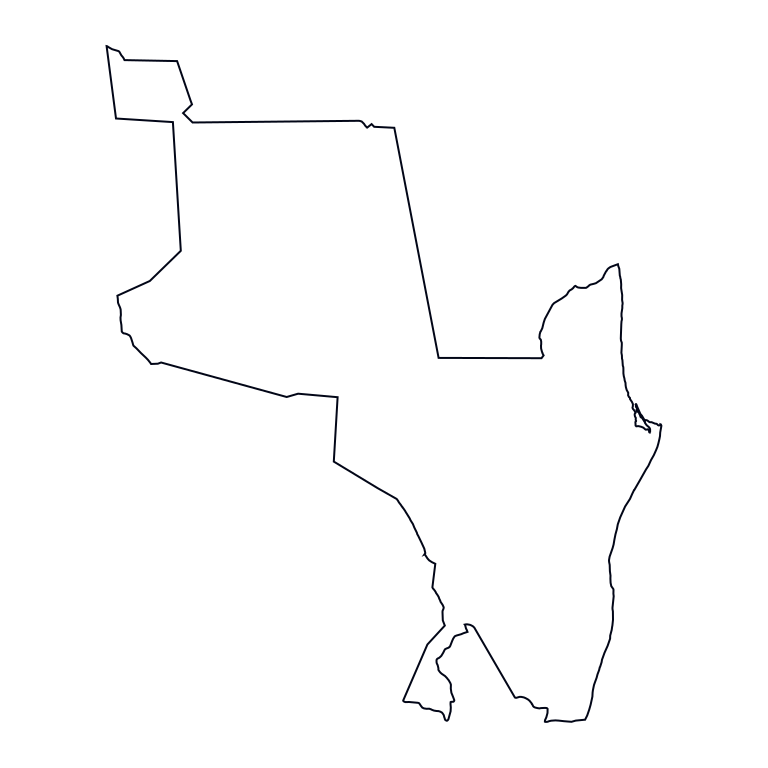 Massinga, Inhambane, Mozambique (Natural Earth projection)
{"feature_id": "85939544B96403406066950", "entity_name": "Massinga", "entity_type": "district", "adm_level": 2, "iso_a3": "MOZ", "parent_name": "Mozambique", "parent_adm1": "Inhambane", "projection": "natural_earth1", "projection_center": [35.191, -22.846], "detail": "fine", "context": "isolated", "style": "outline", "palette": "ink", "viewbox_px": 768, "rotation_deg": 0, "n_neighbors": 0, "source": "geoboundaries", "source_scale": "gbopen_adm2", "svg_char_len": 6068}
<svg xmlns="http://www.w3.org/2000/svg" viewBox="0 0 768 768"><path d="M377.4,488.0L396.7,499.0L398.2,501.0L398.3,501.4L399.3,502.9L400.8,504.8L402.0,506.7L402.3,506.8L402.8,507.8L403.1,508.0L405.1,510.9L406.0,512.5L406.6,513.4L409.7,518.4L410.6,520.4L412.9,524.0L414.3,527.5L416.9,532.8L417.3,534.3L418.1,535.6L421.4,542.4L424.3,548.7L425.3,553.1L424.5,554.3L424.7,554.2L427.5,558.5L429.2,560.4L432.0,562.2L435.3,563.8L432.4,587.3L432.9,588.4L433.9,589.5L434.8,590.7L435.6,591.9L436.0,592.9L437.5,595.0L438.4,596.5L438.6,596.8L439.3,598.8L440.2,600.6L440.5,601.7L442.7,605.0L443.7,607.3L443.5,608.7L442.6,610.8L442.5,611.9L442.8,620.4L444.8,625.6L427.4,644.5L403.2,700.5L403.4,701.1L404.2,701.7L405.4,702.1L409.1,702.0L417.9,702.8L418.9,703.1L419.5,703.7L421.3,706.4L421.6,706.6L421.8,707.0L422.3,707.6L424.0,708.4L426.6,708.8L429.2,708.7L431.2,709.4L432.1,709.9L434.1,710.6L436.5,711.0L438.5,711.1L440.4,711.7L442.1,712.7L443.6,714.8L444.1,716.3L444.1,716.7L444.8,718.6L444.8,719.0L445.4,720.1L446.6,720.7L447.3,720.6L448.0,719.9L448.4,719.3L450.6,711.3L450.8,707.4L450.5,704.0L450.6,702.1L450.9,701.9L453.5,701.7L454.1,701.0L454.3,700.2L453.0,696.7L451.4,692.8L450.8,688.7L450.9,684.7L450.4,683.2L448.6,680.1L447.8,679.2L447.0,678.1L445.1,676.1L441.6,673.7L440.2,672.4L438.7,670.4L438.4,669.7L438.4,668.2L437.8,665.7L437.4,664.5L436.9,663.7L436.6,662.6L436.5,660.7L436.6,659.8L437.0,659.1L437.9,658.4L438.7,658.1L439.7,657.4L441.3,655.9L443.3,652.6L444.4,650.3L445.1,649.2L446.7,648.4L448.1,647.9L449.2,647.3L449.4,646.9L449.7,646.8L450.2,646.0L452.1,641.1L453.2,638.6L454.6,636.5L455.1,636.1L456.6,635.5L461.2,634.2L463.5,633.2L467.5,631.9L466.8,630.0L466.0,628.5L465.1,625.0L464.8,624.6L466.2,624.3L467.1,624.3L469.9,624.8L470.9,625.2L472.8,626.2L474.3,627.6L514.9,697.5L515.8,697.8L516.4,697.8L519.4,696.9L521.3,696.9L523.8,697.4L525.5,698.1L527.9,699.4L529.5,700.7L531.6,703.3L531.9,704.1L532.2,704.2L533.1,706.1L533.7,706.8L535.0,707.5L537.5,708.1L539.4,708.4L540.9,708.1L544.9,707.9L546.4,708.0L547.0,708.2L547.6,708.9L547.5,713.0L546.3,717.4L545.0,720.2L544.9,721.3L544.9,721.7L545.3,721.9L546.6,721.9L547.8,721.7L549.0,721.2L551.1,720.7L555.4,720.4L558.7,720.6L564.0,721.2L571.5,721.8L575.7,720.6L585.1,719.7L587.2,715.5L589.2,709.7L590.6,704.8L592.4,696.6L592.6,692.6L592.9,690.3L594.0,685.0L594.7,683.0L596.6,677.8L597.5,674.4L599.1,670.1L599.8,667.2L600.1,666.9L601.6,662.2L602.0,659.7L602.9,657.3L604.5,652.8L607.6,645.9L610.1,638.7L610.2,635.6L611.7,629.9L612.1,627.0L612.4,625.5L613.0,619.8L612.9,611.4L612.5,609.0L612.5,607.6L613.7,596.2L613.4,593.7L613.5,589.8L613.3,589.0L611.3,586.2L610.6,582.9L610.4,578.6L610.5,575.6L609.9,571.2L609.7,564.9L609.1,561.9L609.0,560.2L609.6,556.7L612.6,548.1L613.6,544.5L614.4,539.7L615.5,534.2L616.9,529.1L617.8,524.3L620.2,517.4L625.1,506.5L630.0,498.9L632.3,493.7L634.1,490.0L634.3,490.0L639.5,481.0L646.1,469.3L648.4,465.8L651.0,460.1L653.8,455.2L656.0,450.3L657.4,446.9L658.4,443.3L659.4,439.1L660.0,436.1L660.2,432.5L661.4,425.8L660.9,424.5L660.4,424.3L660.4,425.0L659.9,425.3L658.6,425.4L658.0,425.1L657.0,424.1L656.5,423.8L654.9,423.6L651.6,422.2L650.2,422.2L649.5,422.1L647.4,420.5L646.2,420.1L645.0,420.1L644.1,419.4L641.9,415.7L640.4,414.0L637.4,407.2L636.4,404.5L636.1,404.1L635.9,404.1L635.6,404.5L636.0,405.4L635.9,406.4L636.1,407.1L637.0,408.1L637.1,408.7L636.8,409.2L636.6,409.8L637.0,411.1L637.3,411.7L637.7,411.6L637.8,411.4L638.3,411.8L639.1,413.1L639.3,413.8L640.0,415.1L640.5,416.8L641.2,417.5L642.5,418.2L642.8,419.1L643.5,420.1L644.0,420.5L644.2,421.4L644.8,421.6L645.0,422.0L645.0,422.9L646.4,424.9L647.4,425.9L648.7,426.9L649.8,428.3L650.1,429.3L650.1,431.8L649.8,432.1L649.7,432.5L649.3,432.3L648.9,430.7L648.7,430.2L647.8,429.3L645.9,429.7L645.3,429.4L643.4,427.7L641.3,426.8L638.4,426.1L636.3,426.3L635.6,425.6L635.4,422.1L635.6,421.6L636.0,421.3L636.1,420.9L635.7,419.9L635.8,417.9L635.0,416.5L634.7,415.0L634.7,414.1L635.0,413.4L635.4,413.1L635.4,412.4L634.4,410.6L632.9,408.8L632.6,408.1L632.5,407.5L632.8,406.6L632.9,405.1L632.9,404.1L632.6,403.4L632.0,402.0L630.1,399.2L629.9,397.8L628.9,396.9L628.1,395.2L628.2,393.8L628.2,392.7L626.7,390.0L625.9,387.2L625.6,385.2L625.5,382.9L624.7,380.5L624.4,378.4L623.8,376.2L623.4,373.3L623.4,369.0L623.3,367.1L622.8,365.6L622.4,360.0L622.0,358.7L621.9,355.4L621.4,352.8L621.8,344.9L621.8,342.7L621.0,340.6L620.8,338.4L621.3,324.2L621.5,321.3L621.9,319.7L621.9,318.1L621.5,316.3L621.5,313.4L622.3,308.1L622.3,305.6L622.6,303.9L622.6,302.9L622.1,300.0L622.2,295.0L621.1,288.1L621.2,284.3L620.8,279.5L620.4,278.3L620.2,276.8L619.8,275.5L619.3,268.8L618.3,266.1L617.9,264.2L610.4,267.0L608.4,268.4L607.5,269.3L606.5,271.0L606.1,271.3L603.8,275.6L603.3,277.1L601.7,279.3L595.9,283.2L593.5,283.9L590.5,284.6L589.4,285.2L588.4,286.2L586.4,287.7L585.5,287.9L581.2,287.9L578.1,287.5L576.8,286.9L575.5,285.9L574.7,286.2L574.1,286.8L573.0,288.3L572.6,288.4L571.9,289.2L569.6,290.5L568.8,291.5L568.6,291.6L567.0,294.4L565.8,295.6L561.7,298.5L554.1,303.1L552.5,304.8L544.9,318.9L543.7,322.5L542.3,328.2L540.7,331.5L540.4,331.7L539.7,334.3L539.4,337.5L539.7,338.5L540.5,339.3L540.8,339.7L541.2,341.6L541.2,344.3L541.0,345.6L541.1,348.5L542.0,351.9L542.5,353.0L542.5,353.4L543.6,355.4L541.5,358.2L438.6,357.9L394.3,127.8L374.2,126.8L371.6,124.1L367.2,127.6L366.7,127.4L366.6,127.0L365.3,125.8L364.0,123.8L361.7,121.5L359.7,120.9L358.5,120.8L192.6,122.5L183.1,113.1L192.0,104.4L190.5,100.4L177.1,61.1L124.5,60.1L123.6,58.2L122.7,56.9L121.4,55.4L119.3,51.7L118.5,51.1L112.1,49.2L109.1,47.5L107.1,46.2L106.6,46.1L116.0,118.5L172.9,122.1L180.8,250.8L149.8,281.0L117.4,295.7L117.8,298.7L118.0,302.6L118.6,304.3L120.0,307.4L120.6,309.3L120.7,310.4L120.9,315.0L120.5,317.5L120.6,320.3L121.4,325.0L121.7,330.3L121.8,331.6L122.7,332.7L123.5,333.3L125.3,333.6L127.1,334.2L129.4,335.4L129.8,335.8L130.6,337.1L131.1,338.2L132.5,342.5L133.2,345.0L133.5,345.7L136.4,348.3L140.9,353.0L145.9,357.7L148.0,359.9L150.3,362.8L151.1,364.0L157.9,363.7L161.1,362.5L286.7,397.0L298.1,393.7L337.6,397.2L333.8,461.6L377.4,488.0Z" fill="none" stroke="#020617" stroke-width="2"/></svg>